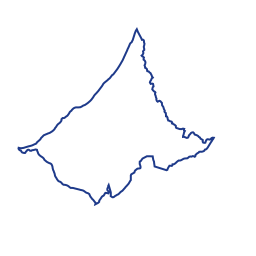 Prado, Bahia, Brazil, rotated 217°
{"feature_id": "56859067B3199407317230", "entity_name": "Prado", "entity_type": "district", "adm_level": 2, "iso_a3": "BRA", "parent_name": "Brazil", "parent_adm1": "Bahia", "projection": "mercator", "projection_center": [-39.359, -17.168], "detail": "fine", "context": "isolated", "style": "outline", "palette": "blue", "viewbox_px": 256, "rotation_deg": 217, "n_neighbors": 0, "source": "geoboundaries", "source_scale": "gbopen_adm2", "svg_char_len": 5803}
<svg xmlns="http://www.w3.org/2000/svg" viewBox="0 0 256 256"><g transform="rotate(217 128 128)"><path d="M180.4,212.2L180.3,210.9L180.2,210.0L179.8,208.8L179.5,207.6L179.0,206.3L177.1,200.9L177.0,199.9L176.7,198.7L177.1,197.3L177.0,196.0L176.7,195.1L176.4,193.8L176.1,192.6L175.7,190.4L175.4,189.6L174.8,186.7L174.1,183.6L173.9,182.5L173.6,181.4L173.4,180.4L173.1,179.1L172.9,177.7L172.7,175.9L172.5,174.4L172.2,171.3L172.0,168.6L172.0,167.5L172.0,165.1L172.0,163.7L172.0,162.5L172.1,161.6L172.5,160.6L172.5,159.7L172.5,157.5L172.6,156.3L173.0,155.1L173.1,154.0L174.1,150.0L174.3,148.4L174.1,147.1L174.0,145.8L174.0,139.5L174.1,138.4L174.2,136.9L174.4,135.4L174.5,134.4L174.5,133.2L174.3,131.5L174.3,130.2L174.3,128.7L174.4,127.5L174.6,126.3L175.2,123.6L175.8,121.8L176.2,120.6L176.7,119.8L177.3,118.9L177.7,117.7L178.5,116.0L179.9,114.7L181.4,113.6L182.4,112.7L182.9,111.8L183.3,111.0L183.5,110.0L183.7,108.8L183.6,107.8L183.9,106.8L184.1,105.7L183.9,104.6L183.8,103.4L183.8,102.3L183.8,101.3L184.2,100.2L184.5,99.3L184.7,98.2L185.2,97.3L186.2,96.6L186.4,95.0L185.6,93.8L185.5,92.6L185.6,91.1L185.9,90.0L186.2,88.9L186.3,87.7L186.2,86.5L186.1,85.4L186.2,84.2L186.0,83.0L186.1,81.6L186.5,79.8L187.0,78.5L187.4,77.4L187.9,76.5L188.6,75.5L189.2,74.4L189.7,73.6L190.3,72.5L190.8,71.7L191.0,70.8L191.1,69.6L191.3,68.5L191.4,67.4L191.2,66.3L191.4,65.0L191.9,62.6L192.1,61.5L191.9,60.5L192.3,59.6L192.8,58.9L193.4,57.7L194.1,56.4L194.9,55.3L195.6,54.4L196.3,53.6L197.4,52.1L198.2,51.0L198.9,50.0L199.5,49.2L200.3,48.4L201.0,47.7L202.0,47.0L203.4,46.4L203.0,45.6L202.0,45.2L201.1,45.1L199.9,45.5L198.6,44.9L197.7,44.8L196.7,45.2L195.8,45.6L195.1,46.3L195.3,47.6L195.1,48.8L195.1,50.0L194.5,50.7L193.5,51.0L192.5,50.9L191.5,51.7L191.2,52.6L190.4,53.3L189.6,54.3L188.8,55.3L187.6,55.8L186.8,55.1L185.5,54.4L184.4,53.6L183.2,53.2L182.2,53.0L180.1,53.0L179.0,53.1L178.1,53.1L176.8,52.9L175.7,52.3L172.6,52.1L171.2,52.3L169.6,52.6L168.6,53.0L167.4,53.0L166.1,52.4L164.9,51.5L163.9,50.5L162.5,49.4L161.3,48.8L160.5,48.2L159.6,47.7L158.8,47.1L157.5,45.9L156.2,45.3L155.0,44.9L154.0,44.4L153.0,44.1L152.0,43.8L150.7,43.9L149.6,44.3L148.1,44.2L147.1,43.9L146.1,43.8L145.1,44.0L144.1,44.7L143.2,45.1L142.4,45.4L141.5,45.6L140.3,45.7L139.3,45.6L138.5,45.6L137.6,45.7L136.9,46.3L136.2,46.8L135.2,47.3L133.9,47.8L131.6,48.8L130.6,49.2L129.7,49.6L128.8,49.9L127.8,50.4L126.9,50.8L126.0,51.1L124.9,51.2L122.6,51.2L121.6,51.5L120.4,51.9L119.1,51.9L118.3,51.4L116.6,50.5L115.5,50.3L114.2,49.8L112.8,49.7L111.6,49.4L110.6,49.1L109.8,48.9L108.8,48.8L108.2,47.4L107.0,49.8L106.7,50.7L106.6,51.7L107.2,52.6L107.3,53.5L107.3,54.6L107.4,56.2L107.5,57.3L107.3,58.3L106.8,59.2L106.8,60.2L107.0,61.4L107.0,62.6L105.5,63.5L104.3,64.0L104.6,65.2L105.6,65.7L106.8,65.8L107.5,66.4L108.1,67.4L108.3,69.0L108.9,69.7L109.1,70.8L103.6,66.7L102.7,65.9L102.0,64.9L101.4,64.1L100.8,63.2L98.8,63.3L97.9,64.1L97.6,65.0L97.4,65.9L96.9,67.0L96.5,68.1L95.9,69.1L95.6,70.5L95.5,71.8L95.3,72.8L95.0,73.7L94.7,74.5L94.5,77.2L94.4,78.3L94.4,79.6L94.2,81.0L94.1,82.6L94.0,84.0L94.2,85.5L94.4,87.1L94.4,88.1L97.2,91.8L97.5,92.9L97.0,94.2L96.6,95.1L96.1,96.3L96.6,97.4L96.7,98.6L96.4,99.6L96.1,100.9L95.6,101.7L94.9,102.2L94.0,103.3L94.4,104.3L95.0,104.9L95.9,105.6L96.9,106.2L97.6,107.1L98.4,108.3L97.9,109.4L98.0,110.4L98.0,112.4L97.6,113.2L95.9,116.8L92.1,119.6L91.2,120.2L90.3,119.3L89.4,118.5L88.8,117.9L87.9,117.3L87.0,116.8L86.2,115.9L85.2,114.9L84.4,114.1L83.6,113.3L71.8,117.5L71.4,118.3L71.8,119.4L72.0,120.7L72.1,121.9L72.2,122.8L71.4,123.4L70.2,124.1L70.2,125.0L70.6,125.8L69.9,126.3L69.4,127.0L68.9,128.4L68.7,129.8L68.4,131.3L67.9,132.6L66.9,133.3L66.3,134.1L65.7,135.4L65.2,136.6L64.7,137.4L64.0,138.1L63.2,138.8L62.4,139.5L62.1,140.4L61.8,141.9L60.9,142.9L60.0,143.4L59.5,144.4L58.5,145.0L57.4,145.2L57.3,146.2L57.9,147.2L57.7,148.1L57.4,149.6L56.8,150.8L56.8,151.8L56.0,152.6L54.8,153.4L53.9,154.6L53.4,155.7L53.6,157.0L52.9,157.8L52.6,159.0L52.6,160.2L52.7,161.4L52.8,162.3L52.9,163.4L53.0,164.5L53.1,165.5L53.2,166.6L53.2,167.6L53.4,169.1L53.4,170.7L53.6,171.8L54.6,171.2L55.2,170.2L55.3,169.0L55.6,168.0L56.5,167.6L57.7,166.9L58.2,166.0L58.0,164.6L57.4,162.8L58.1,162.1L59.2,161.6L60.1,162.0L61.0,163.4L62.4,163.3L63.6,163.1L64.8,163.7L65.9,163.5L67.1,163.8L68.3,163.7L69.4,163.4L70.8,162.9L72.3,163.6L73.4,163.7L74.1,163.1L74.7,161.8L74.7,160.3L74.9,158.8L74.4,157.4L74.4,156.2L75.2,155.4L76.8,155.0L78.1,154.6L78.7,154.0L79.2,154.7L79.5,155.8L79.9,156.8L80.5,158.1L80.8,159.8L81.6,159.6L82.3,160.2L82.6,161.1L83.7,160.6L84.7,159.2L86.2,158.2L88.4,157.5L89.4,157.1L90.3,157.5L91.1,158.5L92.2,158.6L93.1,158.6L93.9,158.4L94.8,158.4L95.6,158.1L96.0,159.0L97.1,159.3L98.4,158.7L99.3,158.7L100.4,158.2L101.9,159.2L102.6,160.0L103.8,160.6L104.7,160.2L105.3,161.0L106.0,161.8L106.8,162.7L107.8,162.7L108.7,163.0L109.0,163.9L110.8,164.8L111.7,165.5L112.7,166.2L114.3,166.6L115.3,167.6L116.1,168.5L117.0,168.6L118.2,168.9L119.3,168.6L119.7,167.9L120.1,166.9L121.0,166.9L121.8,167.3L122.5,167.8L123.0,168.7L124.0,169.2L124.8,169.9L125.5,170.5L126.5,171.0L127.2,171.9L127.5,172.9L128.3,173.1L129.2,172.9L130.9,173.2L131.9,173.5L132.3,174.4L132.8,175.6L132.6,176.5L133.6,177.5L134.6,178.3L135.6,177.9L136.4,176.9L137.9,177.5L138.3,178.5L138.4,180.1L138.9,182.0L138.5,183.2L139.8,183.6L141.0,184.4L141.9,184.8L143.1,185.4L144.3,185.3L145.5,185.6L146.8,185.0L147.6,185.7L148.3,186.4L149.5,186.6L150.6,186.4L151.2,187.2L152.5,188.0L152.7,189.2L153.2,190.3L153.7,191.1L154.7,191.7L155.8,192.0L156.7,192.0L157.3,192.8L157.7,193.9L158.8,194.0L159.7,193.8L160.7,194.0L160.4,195.4L160.8,197.1L162.1,198.2L162.2,199.2L162.0,200.1L162.7,201.0L163.5,201.6L164.3,202.4L164.7,203.5L165.2,204.6L165.7,205.4L166.5,205.8L167.1,206.5L168.1,207.5L169.3,207.5L169.9,206.8L171.5,207.7L177.9,210.7L180.4,212.2Z" fill="none" stroke="#1e3a8a" stroke-width="2"/></g></svg>